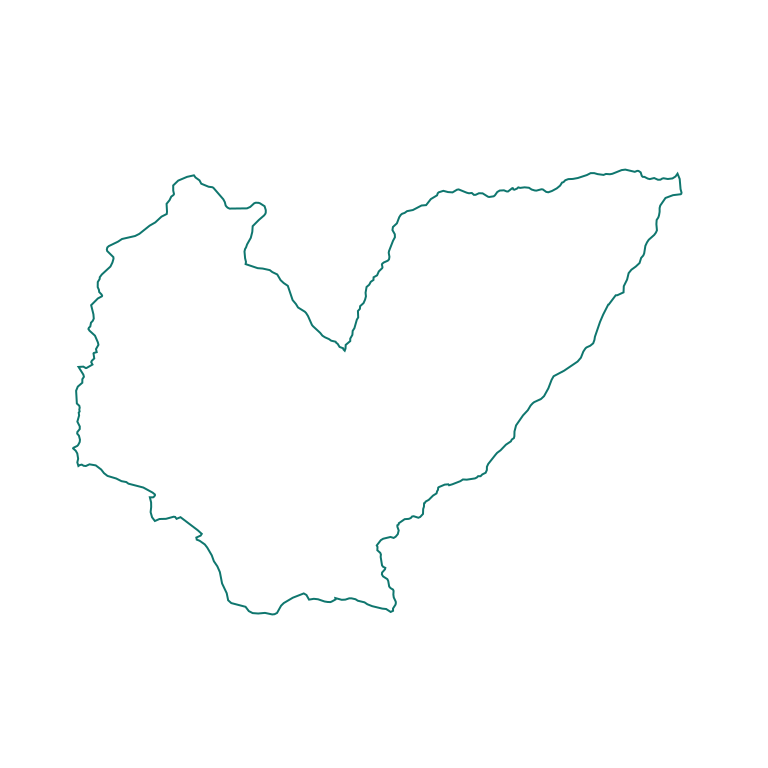 Choachí, Cundinamarca, Colombia, rotated 354°
{"feature_id": "7082276B43680544899028", "entity_name": "Choachí", "entity_type": "district", "adm_level": 2, "iso_a3": "COL", "parent_name": "Colombia", "parent_adm1": "Cundinamarca", "projection": "mercator", "projection_center": [-73.903, 4.577], "detail": "fine", "context": "isolated", "style": "outline", "palette": "teal", "viewbox_px": 768, "rotation_deg": 354, "n_neighbors": 0, "source": "geoboundaries", "source_scale": "gbopen_adm2", "svg_char_len": 6112}
<svg xmlns="http://www.w3.org/2000/svg" viewBox="0 0 768 768"><g transform="rotate(354 384 384)"><path d="M122.6,222.8L128.1,229.5L128.1,231.1L126.6,234.8L124.2,238.6L114.8,245.6L112.5,248.1L112.2,249.8L110.0,252.7L109.4,257.7L110.3,260.5L110.4,262.8L112.5,265.5L112.9,266.8L112.6,267.3L108.4,269.0L101.0,275.0L102.3,284.3L102.2,288.6L101.0,290.7L99.0,292.4L97.9,296.1L96.4,297.2L95.8,298.4L96.7,300.2L101.6,305.7L103.8,312.7L104.1,315.2L101.2,319.2L101.6,322.3L98.7,322.8L98.3,323.2L98.5,328.3L95.9,330.3L95.1,331.6L96.1,334.2L89.8,337.0L89.1,337.0L86.8,335.3L82.0,335.1L86.0,343.3L86.3,345.5L84.5,347.7L84.1,351.2L79.2,354.6L77.1,358.5L76.5,371.3L78.7,373.8L78.9,375.8L78.3,377.5L78.4,379.6L77.4,380.5L77.5,383.4L75.1,389.4L77.0,394.4L76.7,397.0L74.0,399.7L73.7,401.3L75.2,403.5L75.8,407.6L75.3,409.9L73.5,412.6L72.5,413.5L68.4,415.0L68.1,415.6L70.4,418.1L71.7,421.0L72.0,426.4L70.8,429.9L71.5,433.6L73.0,432.8L75.0,432.6L76.7,433.9L78.9,434.4L82.7,433.1L88.8,434.8L93.8,439.5L96.2,443.4L99.4,446.5L107.8,450.0L112.8,453.2L117.5,454.6L119.4,456.4L133.8,461.8L142.5,467.8L144.6,469.9L144.6,470.7L143.7,471.9L142.4,472.6L139.3,472.2L140.0,477.4L139.6,482.0L138.5,487.0L139.4,492.3L141.8,496.3L146.6,494.8L153.1,495.3L161.0,494.0L162.4,494.4L163.6,496.4L167.7,495.2L183.5,510.0L187.1,514.0L185.8,515.6L181.3,517.1L181.5,519.2L184.2,520.6L189.0,524.8L191.1,528.2L194.8,536.4L196.3,542.5L199.2,547.9L201.1,553.9L202.1,565.4L205.7,575.6L206.4,582.8L209.2,585.9L223.0,591.1L225.8,595.7L229.4,598.1L234.9,599.1L241.7,599.2L248.8,601.5L251.1,601.5L253.7,600.5L258.5,593.7L261.4,591.4L271.0,587.0L282.3,583.9L284.8,585.7L286.9,590.6L291.8,590.3L295.9,591.2L302.2,594.1L305.2,594.9L308.0,595.3L309.8,594.7L313.3,593.2L313.2,591.8L319.4,594.2L323.0,594.4L327.1,593.5L329.4,593.8L333.2,595.1L335.3,596.8L341.8,599.1L344.4,601.3L349.0,603.7L358.8,607.2L362.6,608.0L366.8,611.4L369.3,610.5L369.5,608.2L372.4,604.6L372.9,603.0L372.9,601.6L371.4,597.3L371.3,594.4L371.9,590.8L371.5,589.4L369.2,587.7L368.0,586.0L367.6,580.3L366.9,578.4L362.9,575.2L362.0,573.1L362.4,571.3L365.6,568.4L366.1,567.0L364.0,565.7L363.1,564.2L362.6,555.6L363.1,553.2L362.6,551.5L360.0,548.7L360.5,545.3L359.9,543.8L364.5,539.0L367.0,537.8L374.5,536.8L377.5,538.1L379.6,537.1L382.0,534.8L383.3,531.2L382.4,527.4L382.5,525.9L383.8,525.3L384.2,524.0L390.4,520.6L394.6,520.7L396.6,520.1L398.1,518.7L399.7,518.6L404.2,520.6L406.1,520.0L409.2,517.3L409.9,512.4L410.9,510.2L411.4,506.8L412.3,506.5L413.1,505.3L416.4,503.9L421.1,500.1L424.8,498.3L425.6,496.2L426.6,494.9L427.1,492.7L427.7,492.3L433.9,490.4L437.5,490.5L438.1,491.5L441.4,490.9L449.8,488.6L452.5,487.2L456.4,487.8L464.6,487.4L466.5,486.7L468.0,485.5L470.4,485.8L472.3,484.2L475.8,482.9L477.3,480.3L477.7,477.1L479.3,474.4L487.5,466.0L489.3,464.3L493.0,462.1L498.9,457.1L504.2,454.3L505.3,452.6L507.5,451.4L508.2,449.6L508.8,444.9L511.0,439.0L519.0,429.7L524.3,425.1L527.6,420.7L529.9,418.7L531.5,417.7L538.6,415.3L541.9,412.8L547.0,405.5L551.1,397.4L553.5,394.0L564.5,389.6L578.9,381.9L582.6,378.4L585.6,372.6L588.0,369.7L589.2,368.8L593.1,367.5L596.3,365.4L597.9,362.1L598.7,359.1L605.3,344.9L609.2,337.9L615.3,328.5L615.8,328.5L623.7,320.0L625.3,320.1L631.8,317.9L632.7,311.8L636.7,305.5L638.9,299.3L642.0,296.2L646.7,293.5L650.8,290.4L652.9,285.5L655.3,283.3L656.4,281.3L658.4,273.9L660.4,270.6L662.4,268.2L668.3,264.0L670.2,261.9L671.5,259.7L671.6,253.5L672.3,249.4L674.2,247.1L675.1,245.1L676.1,241.6L676.5,237.8L677.4,235.4L683.4,228.4L691.2,226.4L698.9,226.3L699.5,225.9L699.9,224.8L699.3,221.2L699.5,211.0L697.9,205.5L695.6,208.1L692.4,209.7L687.7,209.8L683.5,208.6L682.1,208.8L680.3,209.7L677.8,209.5L674.2,207.4L669.8,208.0L667.8,207.3L664.6,205.2L662.9,205.0L662.1,203.9L661.4,200.4L659.4,198.7L658.1,198.5L655.6,199.2L646.4,196.0L642.7,196.1L633.1,198.8L630.6,199.0L626.7,198.3L624.2,199.0L618.4,197.6L615.2,196.3L611.5,195.9L607.6,197.4L598.3,199.4L593.2,199.8L588.7,199.5L585.6,200.3L583.6,202.0L582.1,202.3L579.9,205.1L576.3,207.5L571.2,209.6L567.4,210.5L565.4,209.9L562.3,207.1L560.9,206.8L555.8,207.6L554.2,207.3L551.1,206.0L548.7,204.0L544.4,203.1L539.9,203.2L538.1,202.5L536.6,203.6L534.0,204.4L533.0,204.0L532.7,202.8L532.1,202.6L527.5,205.5L526.1,205.3L523.5,203.9L519.3,203.7L516.7,204.9L514.0,208.0L512.7,208.8L508.1,209.0L507.0,208.6L502.0,204.7L498.4,204.2L495.0,205.4L493.2,205.3L491.3,203.2L488.4,203.2L486.3,202.4L478.6,198.3L476.9,198.4L472.2,200.6L467.7,199.8L463.2,198.1L458.4,199.1L457.4,199.9L456.5,201.9L449.9,205.0L444.6,210.5L440.0,210.4L430.9,214.0L425.0,214.5L422.4,216.0L419.8,216.6L418.3,217.6L416.6,219.7L413.6,225.6L409.3,228.8L408.5,231.8L410.4,236.2L410.2,239.2L408.0,242.4L402.9,252.3L402.4,254.0L402.7,258.1L402.0,260.6L400.6,261.8L396.5,263.1L394.8,264.2L394.4,265.0L394.7,267.7L394.3,268.6L390.6,271.5L388.5,275.2L384.8,276.8L384.4,279.4L381.5,281.0L379.7,283.7L376.8,285.7L375.2,291.3L375.2,294.9L374.0,298.1L372.1,301.4L368.4,304.1L367.9,306.7L365.7,308.7L365.3,315.1L363.7,317.2L360.4,325.4L358.4,327.9L357.7,331.8L355.2,335.3L354.9,337.8L350.0,341.1L349.4,344.8L348.4,346.8L347.3,345.4L347.1,344.2L343.7,342.5L342.1,339.2L340.8,338.0L340.3,336.9L336.0,335.4L334.0,333.6L330.2,331.4L327.8,329.5L325.9,326.5L319.4,319.1L318.5,317.7L315.5,308.4L313.9,305.2L312.8,303.8L306.5,298.9L304.8,295.3L301.9,291.0L298.6,276.3L294.8,273.1L292.0,269.9L289.3,263.9L284.6,261.0L282.3,258.8L275.4,256.5L270.5,255.6L258.9,250.3L259.5,248.1L259.0,244.4L259.1,237.7L259.9,235.3L261.1,233.7L262.4,230.9L266.8,224.7L268.9,219.0L269.9,213.3L276.9,207.6L282.4,203.8L283.8,202.3L284.3,201.2L284.6,198.7L283.8,194.7L279.5,191.3L278.1,190.7L275.4,190.3L273.8,190.7L269.5,193.9L266.1,195.0L248.7,193.4L246.9,192.3L245.9,191.1L245.2,190.0L244.7,186.5L243.5,183.5L234.8,171.0L233.7,170.3L230.2,169.5L223.2,165.7L221.8,162.2L218.1,158.9L216.8,156.6L209.8,157.4L200.6,160.2L195.1,164.5L194.6,169.7L195.0,173.1L194.3,174.1L192.0,175.4L189.9,178.8L186.6,182.1L186.2,190.1L185.7,192.2L180.2,194.3L173.4,199.4L167.5,202.0L156.4,209.1L151.9,210.8L138.6,212.4L134.4,214.6L124.7,218.1L123.1,219.3L122.4,221.3L122.6,222.8Z" fill="none" stroke="#0f766e" stroke-width="2"/></g></svg>